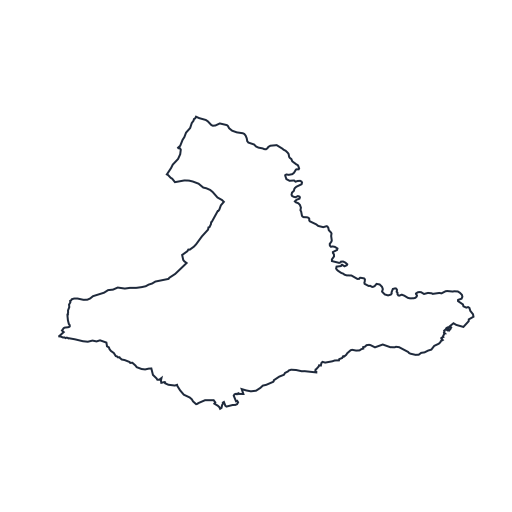 Brosteni, Mehedinti, Romania, rotated 352°
{"feature_id": "2599482B37322909384444", "entity_name": "Brosteni", "entity_type": "district", "adm_level": 2, "iso_a3": "ROU", "parent_name": "Romania", "parent_adm1": "Mehedinti", "projection": "natural_earth1", "projection_center": [22.98, 44.752], "detail": "fine", "context": "isolated", "style": "outline", "palette": "slate", "viewbox_px": 512, "rotation_deg": 352, "n_neighbors": 0, "source": "geoboundaries", "source_scale": "gbopen_adm2", "svg_char_len": 6118}
<svg xmlns="http://www.w3.org/2000/svg" viewBox="0 0 512 512"><g transform="rotate(352 256 256)"><path d="M462.9,346.4L462.8,343.9L460.6,340.2L460.1,337.1L458.9,336.1L457.1,336.4L454.4,334.7L454.2,332.8L449.8,328.8L449.9,327.7L450.3,327.5L453.6,326.9L454.7,325.1L454.5,323.1L452.8,320.8L450.9,319.2L447.3,318.5L445.9,318.6L440.5,317.3L438.8,317.3L434.5,318.8L432.4,318.1L425.7,318.1L424.8,317.4L421.2,316.5L417.1,317.0L414.4,314.8L412.5,314.4L411.1,314.5L409.2,315.4L409.2,316.0L409.9,317.4L409.5,318.5L408.0,319.6L406.4,319.8L402.7,319.4L400.6,318.6L397.3,315.9L395.0,314.6L392.4,315.2L391.5,314.9L390.8,313.6L391.0,311.9L390.3,311.0L390.9,309.2L390.3,307.8L389.3,307.4L386.9,307.7L385.2,310.8L385.1,312.1L384.1,313.0L381.3,313.4L378.2,312.0L376.1,309.2L375.9,308.7L376.9,306.7L376.9,305.8L376.4,303.9L374.5,301.4L371.5,300.4L369.2,302.4L367.3,302.9L366.2,302.5L365.1,301.5L363.3,301.3L359.7,298.7L359.6,297.5L360.1,296.5L360.6,294.3L359.9,293.2L356.5,292.1L355.9,292.1L354.9,293.0L353.2,292.8L347.8,288.6L343.1,287.8L341.0,286.8L340.0,285.7L338.0,284.6L335.1,282.0L334.0,280.6L333.6,279.5L334.3,277.7L338.3,277.8L339.1,277.6L339.6,276.7L340.0,276.6L342.2,278.5L344.6,277.8L345.2,276.9L343.6,275.0L341.5,273.6L339.4,273.4L338.8,274.1L337.4,274.4L330.5,271.6L330.7,269.9L333.2,267.3L333.4,265.2L332.6,263.7L332.7,262.8L337.1,261.3L337.7,259.9L335.3,257.9L333.2,257.2L331.5,257.3L330.6,256.0L330.7,254.3L332.8,252.1L333.2,251.0L333.2,246.7L333.9,244.2L333.6,243.3L331.7,240.6L331.5,238.1L330.8,236.7L330.1,236.3L326.6,236.8L321.8,234.9L320.1,233.1L314.1,229.1L313.7,228.2L313.9,226.4L313.3,225.5L312.0,224.8L308.4,224.1L307.4,223.2L307.1,222.4L306.9,218.4L306.4,216.8L307.2,214.4L306.6,211.5L305.3,209.7L302.8,208.3L302.1,207.3L304.1,205.9L307.0,205.3L307.6,204.1L307.5,203.6L307.3,203.2L305.8,202.5L303.3,203.3L301.7,202.7L300.1,201.6L299.7,200.3L300.5,198.2L302.6,196.7L303.3,194.9L304.1,194.0L305.7,193.0L311.1,191.3L311.8,189.7L311.4,188.6L310.1,187.7L307.7,187.5L305.5,187.9L304.2,186.5L299.7,186.2L296.8,184.1L296.1,180.4L296.3,179.9L297.5,179.5L299.7,180.2L303.4,180.0L305.3,178.8L307.4,176.2L308.0,175.8L310.3,176.1L310.9,175.3L310.3,172.4L309.9,171.7L308.7,170.9L305.1,167.3L304.5,164.9L303.1,163.5L302.6,162.4L302.5,159.6L301.8,158.2L300.0,155.9L298.1,154.6L297.1,153.4L291.9,149.1L285.6,148.8L283.4,149.7L282.3,150.9L280.7,151.7L279.0,151.3L277.6,150.4L273.5,149.0L271.3,147.6L269.6,145.3L264.2,142.6L263.3,141.0L263.2,138.2L262.5,135.4L261.4,133.5L260.0,132.6L254.2,130.9L249.8,128.6L247.2,125.8L246.2,123.2L245.3,122.3L238.6,119.7L234.0,121.1L231.4,121.0L230.0,120.1L227.0,115.9L225.2,114.3L218.8,111.5L216.0,109.7L215.0,111.2L213.6,111.8L213.0,113.3L210.9,115.4L208.6,120.1L203.9,124.1L201.6,128.3L199.5,130.7L196.3,136.3L193.9,137.9L194.2,138.5L195.8,138.9L196.3,140.3L195.1,144.7L192.3,149.1L186.3,153.9L184.2,157.0L179.1,162.8L180.2,163.6L182.4,166.7L183.8,167.8L186.0,171.6L195.6,171.2L200.1,172.0L203.7,173.4L209.2,176.4L213.3,180.9L216.2,182.0L219.8,184.2L222.0,186.6L226.0,192.7L230.1,195.8L231.7,197.9L228.3,200.9L226.1,205.0L224.9,206.2L224.4,206.1L217.0,216.0L216.3,216.3L215.8,218.2L214.0,220.9L212.9,221.1L212.2,223.2L205.2,229.0L198.3,236.1L195.8,238.1L191.3,240.5L189.9,240.2L188.7,241.7L183.0,244.7L183.4,249.8L184.2,251.2L186.3,253.3L173.5,262.5L167.1,265.5L166.2,266.5L152.8,267.3L149.3,268.8L145.7,269.4L142.6,270.6L138.5,270.9L133.3,270.9L126.7,270.0L121.6,270.0L114.7,268.0L109.7,269.4L104.8,269.2L100.4,271.2L89.0,273.1L85.8,275.0L82.9,275.8L79.1,275.4L73.4,273.3L70.1,272.8L67.5,273.2L66.8,274.2L65.7,274.6L65.7,276.1L64.1,278.1L64.0,280.6L62.3,283.7L62.0,286.2L61.2,287.7L61.5,288.0L61.0,288.7L60.8,293.5L61.2,297.3L61.9,298.5L61.8,299.7L61.4,300.1L60.1,300.4L56.6,300.3L55.5,300.7L53.5,302.8L55.0,304.6L49.9,308.0L49.1,308.0L51.4,308.6L53.6,309.9L54.8,309.9L56.0,310.8L56.8,310.5L58.0,310.8L58.8,311.5L59.3,311.4L65.1,313.3L72.7,316.3L77.5,317.5L82.3,317.0L86.2,318.4L89.8,317.8L95.8,320.9L95.9,324.7L97.6,326.0L98.0,327.9L99.1,329.8L101.7,332.3L103.2,335.6L104.4,336.1L105.1,337.1L106.7,337.3L106.8,337.7L108.6,339.8L111.5,340.8L116.1,343.4L116.6,344.4L118.7,344.5L121.4,347.7L122.4,349.5L127.0,352.0L130.4,352.9L134.0,352.6L136.7,352.8L137.4,359.4L140.5,363.4L141.1,364.8L142.9,365.1L145.4,363.7L144.5,366.1L144.6,368.4L147.8,368.1L148.4,368.4L148.3,369.4L151.3,371.3L157.6,373.0L159.9,372.6L160.0,373.7L162.1,378.4L165.2,383.3L170.7,386.9L172.5,389.0L173.4,391.2L176.1,394.4L177.6,394.2L178.2,393.7L185.5,391.7L194.0,392.9L195.3,395.3L194.2,396.4L197.4,399.0L198.7,400.6L199.2,402.3L200.7,401.6L201.7,398.9L202.6,397.7L203.5,397.3L203.0,396.5L203.9,396.1L204.8,400.0L205.8,401.0L212.1,400.3L214.8,400.6L216.6,400.1L217.9,398.4L217.2,396.8L216.0,397.1L214.5,391.2L215.5,390.0L216.9,389.7L217.3,390.1L218.4,389.7L218.8,390.2L219.7,389.6L220.0,390.2L224.3,390.9L223.3,385.8L227.7,387.8L232.1,389.3L237.3,389.4L242.0,387.2L244.7,385.3L248.2,385.0L255.5,383.0L256.0,382.6L256.4,381.5L262.2,378.7L267.1,377.5L268.5,375.8L271.7,374.7L272.6,373.9L275.0,373.5L279.9,374.5L285.3,376.5L288.1,376.8L299.5,379.7L299.6,379.1L298.6,378.7L299.2,376.7L300.0,376.4L302.7,374.1L303.3,373.0L305.0,373.5L305.8,371.2L307.1,370.1L309.7,371.2L316.9,370.9L319.5,370.4L323.6,370.9L324.1,369.7L327.1,369.0L328.3,367.4L328.6,367.4L328.6,368.0L329.2,367.9L331.6,366.4L332.8,365.0L336.6,362.5L338.2,362.3L342.0,363.6L345.4,363.9L347.4,362.9L349.4,362.6L349.4,361.2L351.5,360.9L353.0,359.7L355.6,359.7L357.0,360.2L361.1,363.0L369.2,361.3L376.3,365.0L380.7,365.7L382.0,365.4L385.0,366.2L393.3,372.2L394.1,373.4L395.3,374.2L400.2,376.1L403.4,376.4L406.1,374.9L409.5,374.9L413.3,373.6L416.6,373.1L420.0,369.8L424.8,368.3L426.5,367.1L427.2,366.0L429.2,365.2L428.1,363.7L428.8,363.1L428.6,362.8L430.2,362.3L429.9,361.7L431.3,359.7L431.5,359.0L432.3,359.0L431.5,358.0L432.1,357.1L431.9,356.2L433.7,355.0L434.6,353.8L436.2,353.3L436.7,353.8L436.0,354.7L434.9,354.5L434.4,355.5L435.3,356.3L436.1,355.8L436.7,356.0L436.9,356.6L438.6,355.1L438.8,354.7L438.4,354.2L439.2,353.8L438.2,352.5L442.2,350.1L444.7,352.1L451.5,355.1L457.5,350.2L457.9,348.4L462.9,346.4Z" fill="none" stroke="#1e293b" stroke-width="2"/></g></svg>